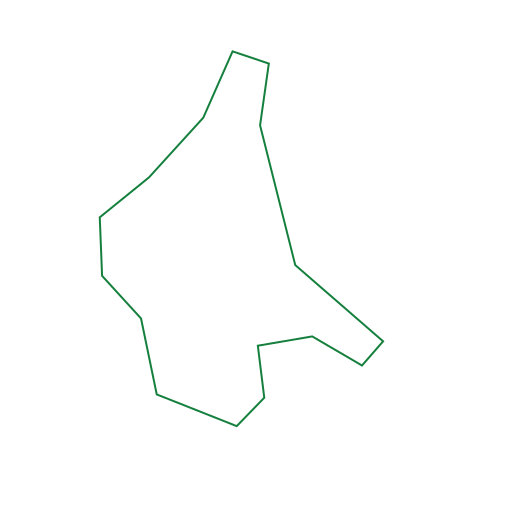 the border of Port Louis city, rotated 122°
{"feature_id": "MUS-5190", "entity_name": "Port Louis city", "entity_type": "City", "adm_level": 1, "iso_a3": "MUS", "parent_name": "Mauritius", "parent_adm1": "", "projection": "albers", "projection_center": [57.494, -20.147], "detail": "fine", "context": "isolated", "style": "outline", "palette": "green", "viewbox_px": 512, "rotation_deg": 122, "n_neighbors": 0, "source": "natural_earth", "source_scale": "10m", "svg_char_len": 367}
<svg xmlns="http://www.w3.org/2000/svg" viewBox="0 0 512 512"><g transform="rotate(122 256 256)"><path d="M86.0,347.1L143.0,321.8L242.9,217.9L261.0,103.0L292.7,108.1L294.4,165.7L331.1,206.9L371.8,173.9L410.5,182.2L426.0,266.8L369.9,320.4L354.4,376.0L306.0,409.0L246.0,388.4L166.6,374.0L94.9,384.3L86.0,347.1Z" fill="none" stroke="#15803d" stroke-width="2"/></g></svg>